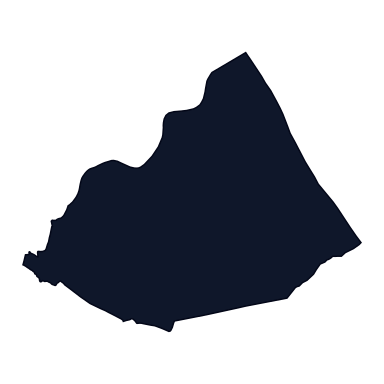 outline of Cai Rang, Hau Giang, Vietnam
{"feature_id": "81297802B53183498164333", "entity_name": "Cai Rang", "entity_type": "district", "adm_level": 2, "iso_a3": "VNM", "parent_name": "Vietnam", "parent_adm1": "Hau Giang", "projection": "robinson", "projection_center": [105.759, 9.999], "detail": "fine", "context": "isolated", "style": "filled", "palette": "ink", "viewbox_px": 384, "rotation_deg": 0, "n_neighbors": 0, "source": "geoboundaries", "source_scale": "gbopen_adm2", "svg_char_len": 3239}
<svg xmlns="http://www.w3.org/2000/svg" viewBox="0 0 384 384"><path d="M245.7,52.6L212.0,72.5L210.7,74.4L207.9,79.1L207.0,81.1L205.6,88.6L205.1,92.0L203.5,98.6L201.8,102.0L200.0,104.8L199.4,105.3L196.4,107.5L193.6,108.9L186.7,110.5L182.2,111.0L181.5,111.1L174.1,111.7L168.9,113.0L166.0,115.4L164.2,119.0L163.5,122.7L163.3,125.6L163.4,127.6L162.9,134.8L162.3,137.6L158.4,146.9L152.1,156.3L144.4,164.5L140.6,167.2L138.6,168.0L136.9,168.2L134.4,168.1L130.0,167.1L120.5,162.8L117.4,161.3L113.6,160.5L111.5,160.6L109.0,161.4L105.2,162.5L102.9,163.4L98.0,165.7L96.6,166.5L95.4,167.1L94.1,167.6L91.5,168.4L89.7,169.1L88.3,170.1L86.9,171.3L85.2,173.2L83.1,176.1L82.4,177.3L81.9,178.2L81.2,180.3L80.4,183.6L80.1,185.1L79.4,189.1L79.0,190.8L78.0,193.7L76.4,196.8L75.7,197.9L72.6,202.1L70.9,203.6L69.7,204.8L68.2,205.7L66.8,209.8L64.1,215.0L63.4,216.0L61.5,217.8L61.0,218.1L59.8,218.4L58.9,218.6L57.4,219.2L56.8,219.6L56.4,220.3L56.0,220.4L55.4,220.3L54.6,220.4L53.9,220.5L52.5,220.2L52.1,220.3L51.7,220.8L51.3,221.2L52.4,226.4L51.8,226.7L50.5,233.2L50.4,233.8L50.3,234.3L49.4,237.6L48.8,240.8L48.5,242.1L47.5,244.5L46.7,247.2L46.1,249.1L45.5,250.0L45.0,250.6L44.5,250.8L42.8,251.4L42.5,251.5L41.8,251.5L40.9,251.6L39.6,251.5L38.3,251.4L37.9,251.5L37.7,251.8L37.6,252.6L37.6,253.3L37.7,253.8L37.8,254.3L37.8,254.9L37.9,255.5L37.9,256.8L37.3,256.7L36.5,256.4L35.0,255.3L33.7,254.5L32.8,254.1L30.8,253.2L30.5,253.0L30.3,252.6L30.0,252.1L29.6,251.8L29.4,251.8L29.2,251.9L29.0,252.3L29.0,252.6L29.1,253.2L29.1,253.9L28.9,254.2L28.5,254.5L27.7,254.6L25.5,254.8L24.1,260.7L23.0,264.8L23.5,265.0L23.9,265.2L25.7,266.2L27.6,267.6L28.7,268.2L29.2,268.6L30.1,269.3L31.2,270.0L32.2,270.4L32.7,271.0L33.4,271.6L34.3,272.2L34.6,272.6L34.6,273.2L34.8,273.7L35.1,274.0L35.8,274.2L36.2,274.5L36.6,275.3L36.8,276.1L37.1,276.5L38.1,277.2L38.7,277.7L39.2,278.3L39.4,279.0L39.6,280.6L40.0,281.5L40.6,281.8L41.2,281.7L42.5,280.8L42.9,280.6L43.4,280.8L44.3,281.4L45.1,281.4L46.9,281.2L47.9,281.5L49.0,282.2L50.1,282.6L50.8,283.1L51.3,283.7L52.0,284.3L52.7,284.6L53.7,284.9L54.3,285.2L54.9,285.4L55.6,285.4L55.9,285.1L56.8,283.6L57.3,283.0L58.2,282.6L59.0,281.8L59.7,281.2L60.3,281.1L60.7,281.1L62.0,282.2L63.3,283.1L63.9,283.7L64.6,284.7L71.4,289.8L74.1,291.9L80.5,296.8L90.1,303.5L100.7,308.6L105.5,310.7L108.4,312.3L112.0,314.1L121.4,319.0L122.9,320.2L123.3,321.4L126.4,320.4L129.2,319.8L130.1,319.5L131.2,318.8L131.7,318.7L132.5,318.9L133.2,319.2L135.3,321.2L136.6,323.1L137.0,323.3L137.6,323.3L139.7,323.1L141.4,323.2L143.6,323.7L151.2,325.2L154.6,325.7L156.1,326.2L161.5,328.2L163.9,329.2L168.9,331.4L170.1,331.1L170.8,330.4L172.3,327.4L173.5,323.2L174.4,321.0L206.5,314.7L239.0,307.6L245.5,306.1L287.0,298.1L295.4,287.5L297.0,286.6L299.2,286.0L302.5,282.6L307.0,280.3L313.5,274.2L316.4,269.4L320.2,264.0L324.9,262.0L326.9,259.9L328.7,259.3L330.7,258.1L332.7,256.3L335.8,256.3L337.4,256.2L341.4,256.2L345.3,252.6L353.4,248.6L359.2,244.5L361.0,242.6L356.2,236.2L350.1,227.4L337.6,208.4L333.1,202.1L318.2,184.1L314.5,177.0L309.3,168.6L305.1,161.7L299.1,150.1L298.7,149.4L295.5,143.2L290.1,133.3L287.6,126.5L282.9,114.3L280.1,108.3L276.5,101.4L270.7,90.7L265.3,83.0L261.5,76.3L250.3,59.4L247.8,55.8L245.7,52.6Z" fill="#0f172a" stroke="#020617" stroke-width="1.5"/></svg>